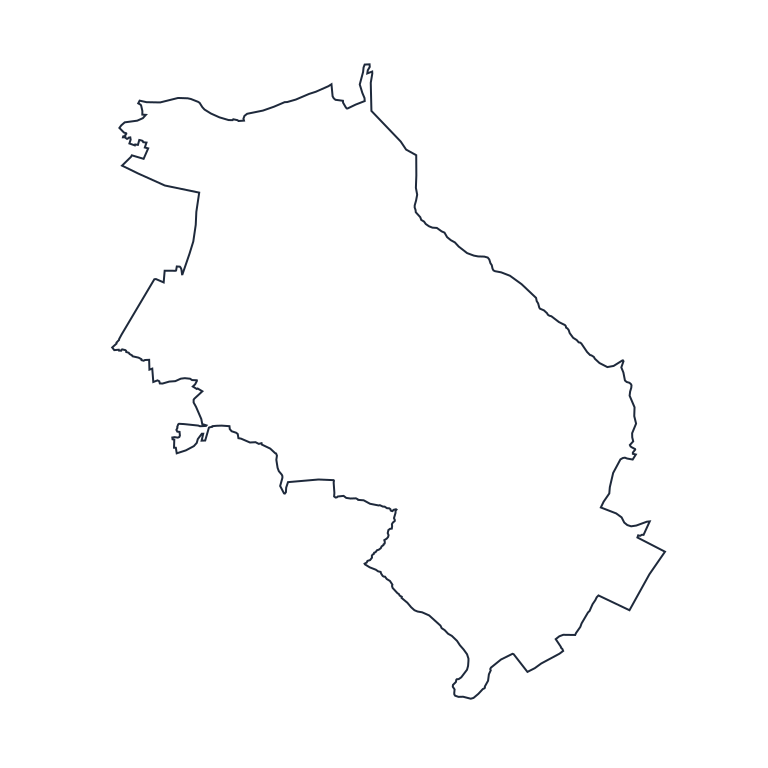 outline of Bocsa, Salaj, Romania, rotated 356°
{"feature_id": "2599482B47822802505944", "entity_name": "Bocsa", "entity_type": "district", "adm_level": 2, "iso_a3": "ROU", "parent_name": "Romania", "parent_adm1": "Salaj", "projection": "equal_earth", "projection_center": [22.907, 47.29], "detail": "fine", "context": "isolated", "style": "outline", "palette": "slate", "viewbox_px": 768, "rotation_deg": 356, "n_neighbors": 0, "source": "geoboundaries", "source_scale": "gbopen_adm2", "svg_char_len": 6125}
<svg xmlns="http://www.w3.org/2000/svg" viewBox="0 0 768 768"><g transform="rotate(356 384 384)"><path d="M507.0,681.2L514.6,678.0L521.3,673.8L540.2,665.3L544.1,662.8L543.4,660.7L542.1,659.3L542.1,658.5L537.5,650.5L541.3,647.9L545.3,646.7L557.2,647.7L558.2,645.8L562.9,640.0L564.4,636.6L571.6,626.1L573.2,624.8L576.7,618.2L579.7,614.4L581.3,611.6L583.2,609.9L613.1,626.8L635.5,592.3L652.6,570.9L626.1,554.8L627.0,552.7L628.9,553.3L630.8,552.4L632.4,552.6L639.5,539.6L636.6,539.7L625.8,542.8L620.6,543.2L616.9,541.7L614.0,539.0L611.7,533.6L606.6,529.3L591.7,522.3L594.9,516.7L601.1,508.9L602.1,502.6L606.4,488.7L614.6,475.7L617.1,474.5L619.2,474.3L621.3,475.3L626.8,476.7L630.3,471.9L627.4,471.0L627.5,469.7L630.0,467.0L629.9,466.4L626.7,464.4L625.6,463.5L625.0,462.0L628.6,458.6L627.9,454.5L628.1,450.4L632.7,441.1L631.4,433.5L632.3,424.7L628.2,412.8L629.0,408.7L630.4,405.0L630.8,402.5L630.3,401.3L628.9,399.9L626.2,398.9L624.6,397.3L623.6,389.2L621.9,384.0L624.5,378.0L624.0,377.1L623.5,377.1L614.3,382.0L608.0,382.7L600.4,378.1L596.1,373.5L595.2,371.6L592.9,369.9L591.6,369.5L588.8,366.2L583.7,357.4L582.6,356.4L581.1,356.0L579.3,353.6L575.9,351.1L572.8,346.2L572.0,343.1L570.8,341.3L569.6,340.5L569.4,339.0L568.7,337.9L562.8,334.4L555.7,328.1L553.7,327.4L552.2,326.2L551.7,324.9L548.7,321.7L544.8,319.7L544.2,318.5L543.4,314.4L542.1,311.9L541.7,308.7L528.2,294.0L517.2,284.8L508.7,280.8L502.6,279.2L501.1,278.3L500.3,276.5L499.8,273.0L498.6,270.9L497.7,267.1L496.3,265.1L492.9,263.9L486.8,263.3L482.6,262.2L476.0,259.2L468.1,252.1L464.6,247.7L460.7,245.2L457.2,241.9L454.9,237.2L452.2,235.8L447.6,232.0L443.2,231.4L439.9,229.8L436.8,227.3L435.3,224.8L432.6,222.9L431.8,220.1L427.7,214.9L427.6,212.6L426.9,210.0L427.1,207.9L428.8,203.2L430.3,197.5L429.5,190.5L430.8,178.3L432.1,158.0L422.4,151.7L417.6,143.3L390.5,110.7L391.8,82.6L394.0,73.4L394.0,71.5L389.0,73.0L389.7,69.9L391.9,66.7L391.9,64.1L387.0,64.0L385.7,66.8L384.9,71.3L380.7,83.5L382.7,92.1L384.5,97.4L384.5,100.4L375.2,103.3L366.9,106.6L366.0,106.5L365.1,105.2L362.8,100.5L362.8,98.6L355.4,97.1L353.8,95.5L352.8,93.4L352.5,81.3L349.4,83.0L336.4,87.7L329.5,89.4L315.9,94.1L307.0,96.0L304.6,95.9L293.6,99.7L282.3,102.8L266.3,104.9L263.5,106.8L262.3,109.5L262.7,111.5L257.2,111.5L256.3,110.6L252.1,109.4L251.4,110.2L247.5,109.9L238.4,106.5L230.2,102.1L224.1,97.7L222.1,95.2L219.7,90.7L218.3,89.6L211.2,86.2L208.1,85.3L198.5,84.3L180.3,87.5L166.8,86.3L160.0,84.3L158.4,86.9L160.7,88.4L161.2,89.5L162.0,94.8L161.7,98.4L165.2,98.9L162.0,102.0L156.2,104.1L143.6,104.9L139.9,107.7L137.9,110.1L142.1,115.0L144.3,115.9L144.4,116.4L143.3,117.6L143.3,118.5L141.1,118.8L140.8,119.7L142.6,119.8L144.6,121.5L145.3,121.5L146.6,120.4L148.1,120.3L148.3,122.6L146.8,126.3L152.1,128.6L152.5,127.7L155.2,128.3L156.9,123.5L158.0,123.8L160.1,124.6L160.7,126.0L163.9,126.6L161.9,131.4L165.2,132.5L159.9,142.6L148.4,138.3L147.4,139.8L137.9,147.9L153.5,156.9L179.2,170.7L213.0,180.2L208.8,199.2L207.3,212.1L203.7,228.5L199.1,240.4L190.6,260.5L190.2,260.5L189.9,255.5L189.2,253.6L188.5,252.7L185.5,252.3L184.5,256.3L183.8,256.5L173.1,255.7L171.3,267.3L163.8,263.4L162.2,263.5L125.7,316.3L122.9,320.7L122.8,321.5L120.0,324.1L120.0,325.0L115.4,328.6L117.3,331.4L121.8,331.3L122.0,332.2L124.2,332.4L124.7,331.4L125.3,331.2L128.4,332.2L129.1,333.0L129.1,334.1L131.5,335.0L132.3,336.3L134.8,338.0L135.1,338.8L141.0,340.6L143.7,342.3L143.8,343.3L145.9,344.0L147.2,343.4L151.4,343.5L151.0,353.3L153.9,352.5L154.0,365.9L158.3,364.6L160.0,365.6L160.4,367.8L163.1,368.1L170.0,366.6L176.0,366.6L181.7,364.5L185.7,364.3L190.9,365.2L192.8,366.7L197.5,367.2L197.6,367.8L195.6,371.1L193.1,373.2L196.9,375.9L197.8,375.5L202.3,378.6L193.8,385.4L193.0,386.4L192.8,389.2L194.9,393.7L199.3,406.2L199.9,411.3L204.0,412.9L203.5,413.4L197.5,413.3L195.8,412.5L181.5,410.0L176.7,409.4L175.9,409.9L174.7,412.5L174.9,413.3L173.7,415.3L174.5,417.1L176.7,417.5L176.8,421.2L176.1,422.6L174.6,423.1L171.4,422.4L169.1,422.6L169.2,424.4L170.9,424.9L170.1,432.9L171.9,433.1L172.4,438.7L181.7,436.4L190.0,432.7L193.1,429.7L194.4,426.0L198.8,420.9L200.2,421.0L198.1,427.8L201.7,427.9L206.3,415.3L206.7,415.1L209.7,414.7L209.9,414.1L213.9,414.0L219.2,414.2L226.9,415.3L227.0,418.2L228.7,420.5L233.1,422.3L234.6,423.7L235.0,427.9L237.5,428.5L246.2,433.0L251.8,433.1L254.9,435.0L257.7,434.5L257.9,435.9L266.0,440.5L270.6,445.4L271.5,445.8L272.2,448.0L271.3,452.1L272.0,460.2L273.0,463.6L275.7,467.3L276.2,468.7L276.1,470.5L273.3,478.5L276.6,486.1L277.4,486.4L278.6,485.1L279.2,480.5L281.4,475.2L312.0,474.7L327.0,476.4L327.3,477.0L326.9,478.9L326.9,489.2L326.4,492.7L327.8,493.9L329.0,493.8L330.1,493.0L335.9,492.8L338.4,495.0L342.6,495.9L348.0,496.1L349.8,497.2L350.1,497.8L355.6,498.6L361.7,502.5L370.2,504.8L371.4,504.6L374.3,506.2L376.1,506.4L378.3,508.1L380.6,508.4L381.7,509.4L381.9,510.7L382.5,511.1L383.6,511.4L384.7,510.2L387.2,509.8L387.7,510.2L386.7,511.3L386.5,513.4L384.6,518.5L385.3,520.4L385.1,521.5L383.2,522.8L382.1,524.4L382.2,526.3L381.7,528.8L379.9,528.9L378.2,530.0L377.3,533.0L378.0,535.1L377.4,536.9L376.0,538.4L373.4,539.8L373.8,541.6L373.5,543.2L372.3,544.0L372.2,544.7L370.3,545.8L369.3,547.6L367.1,549.0L365.5,549.3L363.8,551.2L362.4,551.6L361.9,552.9L360.7,553.4L359.9,554.5L359.9,556.4L357.8,558.7L355.2,559.3L354.3,560.9L352.1,561.9L352.4,562.6L357.0,565.9L362.9,568.7L365.1,570.5L367.5,571.2L367.9,572.9L369.3,575.4L370.3,576.1L371.6,576.3L373.1,578.7L376.2,580.9L378.4,584.8L377.9,586.0L378.4,588.1L382.9,593.7L384.1,594.5L384.9,596.2L386.9,597.5L386.6,598.6L392.1,603.9L395.5,608.6L398.6,611.8L401.6,613.3L406.1,614.4L412.9,618.0L423.5,629.0L424.5,631.6L427.3,633.7L430.5,637.6L434.1,640.0L438.9,645.3L441.5,649.9L444.9,654.4L448.0,659.4L449.1,663.9L448.9,666.3L448.2,671.1L446.9,674.8L440.6,682.0L437.9,683.6L436.0,683.6L435.5,684.1L434.9,686.3L431.8,689.0L431.5,690.8L433.1,693.6L432.5,697.3L432.5,698.6L433.2,699.9L436.5,701.3L441.1,701.5L448.6,704.0L451.4,703.4L456.5,699.7L461.3,695.2L463.1,694.5L463.5,693.7L463.5,692.8L467.1,687.3L468.4,680.9L470.5,677.1L470.1,675.8L470.9,674.4L481.5,667.0L493.4,662.1L494.5,662.6L507.0,681.2Z" fill="none" stroke="#1e293b" stroke-width="2"/></g></svg>